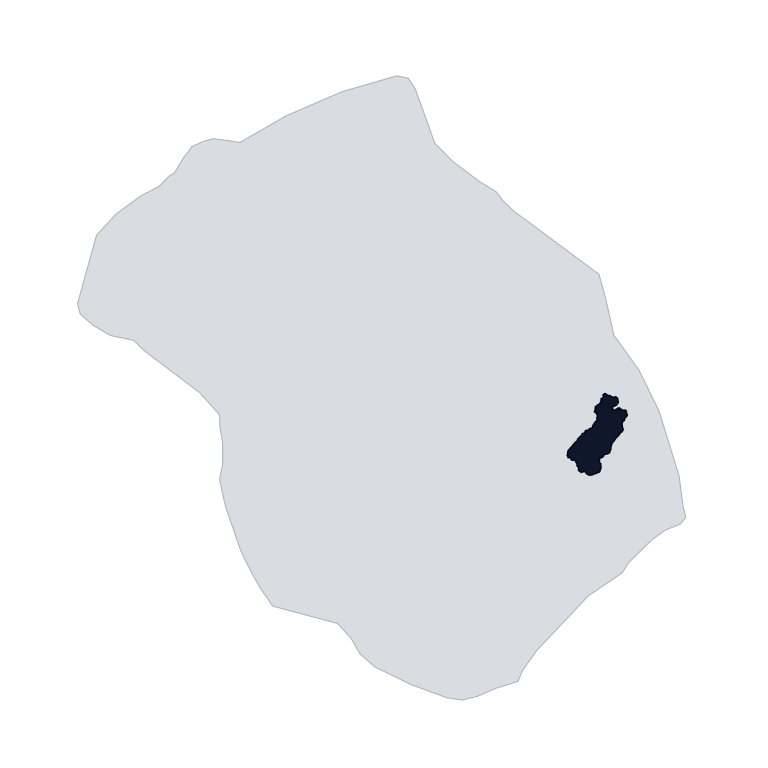 Menkhoaneng, Leribe, Lesotho (highlighted), rotated 95°
{"feature_id": "5366337B76816657583233", "entity_name": "Menkhoaneng", "entity_type": "district", "adm_level": 2, "iso_a3": "LSO", "parent_name": "Lesotho", "parent_adm1": "Leribe", "projection": "mercator", "projection_center": [28.291, -28.899], "detail": "fine", "context": "in_parent", "style": "filled", "palette": "ink", "viewbox_px": 768, "rotation_deg": 95, "n_neighbors": 0, "source": "geoboundaries", "source_scale": "gbopen_adm2", "svg_char_len": 6678}
<svg xmlns="http://www.w3.org/2000/svg" viewBox="0 0 768 768"><g transform="rotate(95 384 384)"><path d="M519.9,531.2L496.1,538.7L492.8,539.4L477.6,537.7L457.3,539.5L441.4,543.6L429.0,545.1L408.8,566.7L372.1,625.2L362.3,637.4L359.6,660.4L351.1,678.6L340.7,692.8L330.5,696.3L299.9,690.6L260.7,683.3L237.9,665.6L217.6,642.4L206.9,625.6L195.7,616.3L191.9,611.1L175.9,603.4L169.9,599.3L164.6,596.5L158.2,585.3L154.4,575.6L155.9,548.5L144.6,532.4L125.4,504.9L113.2,482.4L96.6,451.6L86.4,425.4L75.9,398.2L77.2,386.5L87.3,378.6L116.9,364.9L139.8,354.3L156.3,334.9L174.2,306.1L182.9,288.8L191.6,280.9L201.1,268.7L217.7,241.6L236.2,211.6L256.0,179.4L281.0,170.1L315.1,159.4L347.9,131.3L387.0,107.6L450.0,82.0L479.4,75.5L490.6,71.7L497.7,76.6L505.2,91.3L515.9,103.6L540.8,124.9L551.3,130.1L577.0,161.8L604.5,183.5L636.1,208.6L657.6,221.1L668.6,224.6L677.7,246.8L686.9,263.4L692.1,278.8L691.1,294.0L681.1,330.9L666.5,368.7L654.8,384.5L640.6,394.4L626.6,409.4L621.3,439.8L615.0,475.6L596.8,490.4L582.7,500.0L563.1,511.9L519.9,531.2Z" fill="#d9dde1" stroke="#a8b0b8" stroke-width="1"/><path d="M435.8,195.1L436.2,195.0L437.1,195.1L437.6,194.9L438.7,195.2L439.3,195.3L439.5,195.1L439.9,194.7L440.6,194.3L441.1,194.3L441.4,194.1L441.2,193.2L441.0,192.5L440.9,192.0L441.4,191.9L441.6,191.6L442.4,191.3L443.6,190.2L443.6,189.9L443.2,188.7L443.3,187.6L443.4,187.3L443.6,186.9L444.0,186.6L445.1,186.1L445.7,185.5L446.5,185.1L446.8,184.8L447.2,184.6L447.5,184.6L448.5,184.7L449.0,184.4L449.1,184.0L449.5,183.5L449.8,183.3L450.9,182.9L451.8,182.7L453.2,182.7L453.5,182.0L454.1,181.2L454.3,180.6L455.0,179.9L454.5,179.2L454.1,178.0L453.7,176.9L453.7,176.6L453.9,175.9L454.6,175.4L455.8,174.4L456.2,173.2L456.9,172.1L456.8,170.4L456.3,168.3L455.9,167.8L455.5,167.4L455.2,166.7L455.1,166.2L454.9,165.4L454.6,164.8L453.7,163.8L453.4,163.4L453.4,162.4L453.1,162.0L452.5,161.7L451.7,161.1L450.5,161.1L449.7,160.8L449.3,160.7L448.7,160.4L448.4,160.6L447.2,160.7L446.1,161.1L445.6,161.1L445.0,160.9L444.6,161.0L443.6,162.1L443.3,162.6L443.1,162.7L441.0,162.6L440.7,162.7L440.5,162.9L440.2,163.1L439.2,162.4L439.0,162.2L438.3,160.5L437.6,159.8L437.2,159.6L437.0,159.4L436.8,159.0L435.7,158.7L434.9,158.2L434.5,157.0L434.3,155.9L434.1,155.6L434.1,155.0L433.5,154.4L432.6,153.1L430.8,153.0L429.3,152.3L427.3,152.5L425.0,151.9L424.2,152.1L423.4,151.8L422.8,151.3L421.9,150.8L420.7,149.9L419.8,149.3L419.1,149.1L418.8,149.0L418.7,148.8L418.3,148.5L417.5,148.2L416.9,147.5L416.6,147.3L415.5,146.7L415.4,146.2L415.2,146.0L414.8,145.7L414.0,145.3L413.6,145.2L413.3,145.0L413.0,144.6L412.7,144.5L412.2,144.5L411.9,144.3L411.2,143.0L410.6,142.7L410.3,142.5L409.9,142.4L409.8,142.2L409.4,142.0L408.9,141.7L408.2,141.6L408.0,141.9L407.5,142.3L406.2,142.6L405.9,142.8L405.9,143.1L405.2,142.9L404.6,143.0L404.3,143.2L403.2,143.2L403.0,143.3L401.4,143.0L401.2,143.1L400.6,143.2L399.8,141.9L399.5,141.5L399.2,141.4L398.8,141.5L397.8,141.1L396.6,140.9L396.1,140.5L396.0,140.2L395.7,139.8L395.3,139.8L394.8,139.2L394.2,139.0L393.5,139.0L393.2,139.0L392.9,139.4L392.8,139.6L392.9,139.8L392.7,140.0L391.9,139.6L391.7,139.7L391.5,140.0L391.4,140.6L391.2,141.0L390.8,140.9L390.6,140.8L389.7,141.0L389.6,140.9L389.6,140.4L389.3,140.6L389.1,141.1L389.1,141.3L389.0,141.6L389.0,141.9L389.2,142.4L389.3,142.7L389.2,143.0L389.2,143.4L389.4,143.6L389.4,143.9L389.4,144.1L389.2,144.3L389.1,144.5L388.7,145.0L388.7,145.4L388.3,145.7L388.2,146.1L387.8,146.5L387.8,146.8L387.5,147.0L387.4,147.4L387.2,147.7L387.2,148.0L387.7,148.5L387.8,149.0L388.0,149.3L388.6,149.4L388.6,150.0L389.0,150.7L389.3,150.7L389.7,150.8L389.8,151.2L390.0,151.8L389.9,152.1L390.3,152.2L390.3,152.4L390.2,152.4L390.1,153.1L390.2,153.4L390.2,153.5L390.1,153.8L389.5,154.0L389.1,153.8L388.8,153.9L388.6,154.0L388.4,154.7L388.2,154.8L387.6,154.4L387.3,154.5L386.7,154.4L386.4,153.2L386.1,153.0L386.0,152.4L385.4,152.0L385.4,151.7L385.3,151.3L384.9,150.8L384.8,150.4L383.5,149.9L383.3,149.9L383.2,149.7L382.9,149.7L382.9,149.4L382.4,149.4L381.9,149.0L381.2,149.0L380.8,149.1L380.6,149.3L380.0,149.6L379.5,149.6L379.2,149.7L378.7,149.8L378.2,149.9L378.1,150.3L377.6,150.4L377.0,151.1L377.2,151.3L376.5,152.3L376.5,152.6L376.6,152.8L377.3,152.8L377.5,153.1L377.5,153.8L377.4,154.1L377.2,154.3L377.2,154.7L376.9,155.5L376.8,155.8L376.8,156.5L376.3,157.3L376.1,157.3L376.0,157.6L376.1,158.0L375.8,158.4L376.0,158.6L375.9,159.0L375.9,159.8L375.8,160.2L375.3,160.8L375.5,161.1L375.0,161.5L374.8,161.8L374.8,162.0L374.4,162.3L374.3,162.6L374.4,163.5L374.8,164.0L375.0,164.0L375.5,164.5L376.0,164.9L376.3,164.8L377.0,164.3L377.3,164.2L377.7,164.4L377.6,164.5L378.1,164.5L378.3,164.6L378.5,164.6L378.7,164.9L379.1,164.9L379.5,165.2L379.7,165.6L379.8,166.2L379.7,166.3L380.1,166.4L380.2,166.5L380.6,166.3L380.6,166.1L380.8,166.1L381.0,166.0L381.1,165.9L381.3,165.7L381.5,165.8L381.6,166.0L381.7,165.8L381.8,165.9L382.0,165.9L382.1,165.7L382.3,165.6L382.4,165.8L382.5,165.7L382.5,165.8L382.7,166.1L382.7,166.3L382.9,166.4L382.9,166.5L383.2,166.6L383.3,166.7L383.6,166.9L383.8,166.7L383.8,166.9L384.1,166.8L384.3,166.9L384.9,167.3L385.0,167.5L385.2,167.4L385.3,167.6L385.6,167.6L385.8,167.9L386.0,168.1L386.0,168.4L386.1,168.6L386.0,168.9L386.2,169.0L386.3,169.3L386.3,169.5L386.6,169.5L386.7,169.8L386.8,169.8L386.8,169.5L387.0,169.6L387.1,169.4L387.3,169.8L387.6,169.9L387.7,170.0L387.7,170.3L387.9,170.5L387.9,171.0L388.0,171.4L388.5,171.3L388.9,171.5L389.0,171.4L388.9,171.3L388.9,171.2L389.1,171.2L389.3,171.3L389.5,171.3L389.5,171.0L389.8,170.9L389.9,171.1L390.0,170.9L390.1,171.0L390.3,171.0L390.7,171.2L391.0,171.2L391.3,171.2L391.5,171.4L391.6,171.6L391.8,171.7L392.1,171.6L392.4,171.2L392.6,171.3L392.6,171.6L393.0,171.6L393.1,171.8L393.5,171.9L393.7,171.5L393.7,171.2L393.7,170.8L394.0,170.6L394.3,170.2L395.1,169.9L395.2,169.6L395.6,169.4L395.9,169.1L396.6,168.6L398.4,168.8L399.2,169.0L399.6,169.0L400.1,168.7L400.9,168.5L401.6,169.0L401.9,169.1L402.7,169.6L403.0,169.6L403.4,170.3L404.3,170.6L404.8,171.3L405.6,171.2L406.0,171.2L406.3,171.7L406.7,172.1L407.4,172.5L408.1,172.4L408.5,172.4L409.8,173.1L410.2,174.4L410.5,175.2L411.1,175.7L412.1,176.6L412.6,177.4L412.4,178.4L413.0,179.3L413.3,179.4L413.9,179.4L414.8,180.0L415.7,180.4L415.9,181.5L416.1,182.0L416.5,182.3L417.1,182.3L417.8,182.7L418.1,182.8L418.4,182.9L418.5,183.1L418.6,183.6L418.9,183.8L419.4,184.0L419.6,184.3L419.8,184.6L420.4,184.9L420.7,185.3L421.0,185.4L421.6,186.0L422.0,186.3L423.2,186.5L423.9,186.8L424.4,186.8L425.0,187.6L425.0,187.9L425.1,188.3L425.5,188.6L426.4,188.9L426.6,189.0L427.1,189.5L427.7,190.1L428.1,190.2L428.4,190.6L429.4,190.9L429.9,191.4L430.3,191.8L430.9,192.2L431.4,192.7L433.8,194.4L434.6,194.8L435.8,195.1Z" fill="#0f172a" stroke="#020617" stroke-width="1.5"/></g></svg>